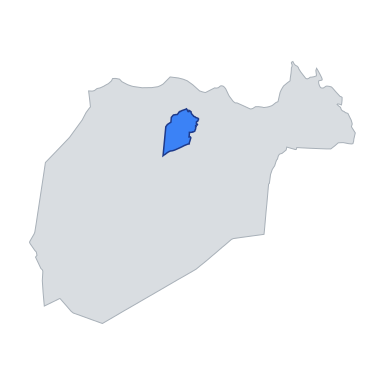 location of Tanout, Zinder, Niger, rotated 185°
{"feature_id": "23599985B69081741011402", "entity_name": "Tanout", "entity_type": "district", "adm_level": 2, "iso_a3": "NER", "parent_name": "Niger", "parent_adm1": "Zinder", "projection": "natural_earth1", "projection_center": [8.581, 15.143], "detail": "fine", "context": "in_parent", "style": "filled", "palette": "blue", "viewbox_px": 384, "rotation_deg": 185, "n_neighbors": 0, "source": "geoboundaries", "source_scale": "gbopen_adm2", "svg_char_len": 4338}
<svg xmlns="http://www.w3.org/2000/svg" viewBox="0 0 384 384"><g transform="rotate(185 192 192)"><path d="M303.8,283.7L300.2,283.8L298.1,284.5L295.6,286.8L292.6,287.7L289.1,289.7L286.9,291.3L284.8,292.6L281.9,295.7L281.0,298.1L278.1,298.5L274.0,298.1L271.5,295.8L265.5,293.3L261.6,292.3L259.8,292.0L250.8,291.5L241.1,292.5L236.1,293.7L235.2,293.9L232.4,295.4L230.1,297.1L223.8,304.7L215.5,304.4L210.6,303.6L206.5,302.4L200.6,298.9L193.3,293.4L190.5,292.7L188.0,292.3L187.2,292.3L178.5,297.7L176.9,297.6L174.8,298.2L173.5,299.6L172.5,300.3L171.5,300.4L170.1,300.1L168.8,299.2L167.4,297.7L163.9,291.7L163.2,290.7L161.6,288.9L159.1,286.1L157.3,284.8L156.3,284.5L155.0,284.7L148.1,282.3L141.2,279.8L139.6,280.1L138.6,280.6L136.2,282.5L133.3,282.8L129.7,282.7L127.8,282.4L124.6,283.1L122.5,283.8L119.7,285.1L116.1,288.5L115.1,289.0L114.2,289.5L112.9,299.0L111.9,301.8L110.1,305.5L106.5,309.1L104.0,311.3L104.0,314.2L103.7,319.0L103.7,322.3L103.8,324.4L103.4,325.4L103.3,326.3L103.4,327.7L104.0,328.4L104.3,329.3L104.1,330.0L102.9,330.8L101.6,328.7L100.0,327.2L98.2,326.5L97.0,325.4L96.3,323.9L94.0,320.9L88.6,315.1L88.0,314.9L87.1,314.7L85.6,315.4L84.6,316.4L84.0,316.7L83.0,316.8L80.4,317.5L78.3,318.5L78.2,319.3L79.2,323.7L78.7,326.1L77.8,325.0L74.8,320.5L72.8,317.2L72.4,316.4L72.1,315.3L72.3,314.8L73.1,314.5L75.0,314.0L75.4,313.7L75.5,312.8L75.2,311.1L74.2,308.8L73.1,307.3L72.5,307.0L71.4,306.9L70.1,307.1L67.8,309.0L66.8,309.3L64.4,309.2L62.3,308.8L61.0,307.8L57.2,304.1L52.9,300.2L51.2,299.7L50.7,299.3L50.5,296.3L50.6,292.7L50.8,291.7L52.6,292.3L54.5,292.5L55.1,291.9L53.6,290.6L51.4,289.3L50.6,287.3L50.0,286.6L49.1,285.9L47.9,285.6L46.8,285.0L46.1,284.4L44.8,284.2L43.5,283.8L41.6,280.6L39.7,277.5L38.7,275.0L38.3,273.6L38.9,271.0L38.3,270.1L36.3,267.5L34.5,265.1L35.0,261.5L35.4,258.5L35.4,256.5L35.7,255.4L35.9,254.2L37.1,253.8L40.0,253.8L45.7,254.4L50.3,253.8L50.6,253.7L53.8,250.4L57.5,247.0L62.8,246.6L68.6,246.3L73.2,246.1L79.9,245.8L85.3,245.6L91.5,245.4L91.7,243.8L92.1,243.4L92.7,243.3L97.3,244.2L101.5,245.0L101.9,242.0L105.7,238.3L107.8,237.5L108.4,236.9L109.1,235.6L109.5,233.7L109.7,232.3L110.5,231.2L111.1,229.1L111.9,225.4L114.0,221.5L115.3,216.2L115.5,211.2L115.7,207.3L116.4,206.5L116.4,199.6L116.4,192.7L116.4,186.9L116.5,179.7L116.5,173.3L116.5,166.4L116.5,160.2L116.6,156.1L120.9,155.1L125.4,154.1L132.0,152.6L139.1,151.0L146.8,149.2L148.6,148.2L154.4,142.2L157.1,139.6L162.3,134.2L166.4,130.1L171.5,124.9L177.0,119.6L181.3,115.4L188.1,110.6L198.4,103.5L208.6,96.3L218.8,89.1L229.1,81.9L239.3,74.7L249.5,67.6L259.6,60.4L269.8,53.2L280.1,55.9L289.8,58.5L299.7,61.1L302.0,62.6L307.2,67.7L314.0,74.2L314.3,74.3L314.6,74.3L320.9,70.5L329.2,65.5L331.6,79.1L333.4,90.7L333.6,98.2L333.7,100.1L334.3,101.4L335.9,102.7L342.2,113.5L340.9,115.4L341.9,118.7L343.5,120.1L348.8,126.5L349.5,127.8L349.2,128.8L345.7,136.3L345.1,138.2L344.4,147.8L344.0,154.6L343.4,163.9L342.7,175.0L342.1,184.4L341.3,196.8L340.6,208.6L335.4,215.0L326.2,226.4L318.7,235.8L315.0,242.0L307.7,254.1L304.4,262.0L301.9,266.1L300.6,267.9L301.7,273.7L303.8,283.7Z" fill="#d9dde1" stroke="#a8b0b8" stroke-width="1"/><path d="M193.2,266.2L193.5,266.2L194.3,266.5L195.0,266.5L195.5,267.2L197.0,267.5L197.1,267.9L197.9,268.6L199.0,269.6L199.8,270.9L199.9,271.8L200.9,272.5L202.0,273.0L202.0,272.1L202.1,271.8L203.0,271.8L204.2,273.8L204.8,274.4L205.6,273.8L206.6,273.4L208.3,272.6L208.9,272.4L210.2,271.5L210.9,271.4L211.2,270.7L211.7,270.7L212.1,270.2L212.7,268.9L213.6,267.8L214.6,267.8L216.3,267.3L217.2,267.1L217.9,266.2L218.5,265.3L219.1,264.6L219.1,259.7L220.0,259.0L222.4,257.1L222.7,256.6L223.8,254.7L223.8,252.6L224.0,225.6L222.8,226.7L222.0,227.2L220.7,228.5L218.8,230.0L217.0,231.0L215.4,231.3L214.0,231.8L212.3,232.6L208.7,234.6L205.6,236.4L203.9,237.5L200.6,239.2L198.9,239.7L199.0,240.7L198.6,242.3L198.3,243.7L198.1,245.0L197.9,245.6L197.9,245.9L198.4,246.7L198.9,246.8L199.7,246.5L199.8,247.0L199.7,247.1L199.7,249.7L199.8,251.2L198.7,251.2L196.6,251.7L196.5,252.0L195.6,252.1L194.8,252.8L194.4,253.1L194.4,253.8L193.9,255.1L193.9,256.4L194.1,257.1L193.6,257.4L193.5,257.6L194.1,258.5L193.2,259.2L192.5,259.3L192.4,259.6L192.6,260.0L193.3,260.1L193.6,260.5L193.7,262.3L193.4,262.6L193.0,262.9L192.6,262.9L192.4,263.3L192.2,264.3L191.9,264.5L191.9,265.5L192.3,265.9L193.2,266.2Z" fill="#3b82f6" stroke="#1e3a8a" stroke-width="1.5"/></g></svg>